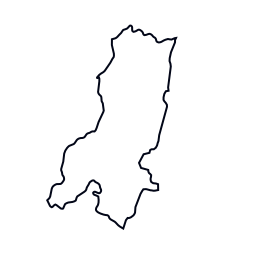 the border of Limerick, rotated 111°
{"feature_id": "IRL-726", "entity_name": "Limerick", "entity_type": "County", "adm_level": 1, "iso_a3": "IRL", "parent_name": "Ireland", "parent_adm1": "", "projection": "equal_earth", "projection_center": [-8.682, 52.516], "detail": "fine", "context": "isolated", "style": "outline", "palette": "ink", "viewbox_px": 256, "rotation_deg": 111, "n_neighbors": 0, "source": "natural_earth", "source_scale": "10m", "svg_char_len": 3684}
<svg xmlns="http://www.w3.org/2000/svg" viewBox="0 0 256 256"><g transform="rotate(111 128 128)"><path d="M26.7,115.4L27.3,115.4L28.7,115.7L31.2,114.8L41.9,115.0L47.8,114.1L50.6,113.2L52.8,111.4L55.2,110.1L75.7,105.1L78.7,103.5L80.1,105.8L83.1,106.3L86.6,105.8L89.0,104.9L90.0,103.7L91.0,101.8L92.4,100.0L94.2,99.2L123.5,96.3L129.2,94.9L131.2,94.9L131.4,94.9L133.9,94.6L136.5,95.0L138.6,96.3L139.5,98.5L140.7,99.4L143.5,99.1L146.9,104.0L156.6,105.2L160.6,101.5L159.9,94.1L161.5,93.3L162.6,92.1L163.0,90.7L163.7,89.5L165.4,89.0L166.6,88.9L167.9,88.5L169.1,87.8L170.0,87.0L170.5,84.7L169.8,82.0L169.7,79.8L175.1,77.6L176.8,80.3L177.4,81.6L177.8,83.7L178.0,84.3L178.1,84.8L178.5,88.7L178.7,89.5L179.7,91.7L181.7,92.2L185.0,92.7L199.2,92.7L204.5,91.1L205.9,91.2L207.6,91.6L210.2,93.2L211.3,94.3L211.9,95.3L212.1,96.1L214.8,96.9L223.6,96.4L222.9,100.3L222.3,102.3L220.6,105.8L220.2,107.0L219.6,111.1L219.2,112.4L218.6,113.3L217.4,114.3L217.0,115.0L216.8,115.9L217.3,117.9L217.6,119.8L217.7,122.9L217.6,124.6L217.4,125.9L216.9,127.4L216.5,127.9L216.3,128.2L216.0,128.5L215.6,128.7L214.8,128.9L213.9,129.0L213.0,128.9L211.1,128.5L210.1,128.5L208.1,128.8L205.5,129.7L202.8,131.1L202.6,131.2L202.4,133.1L202.4,135.7L201.9,136.7L201.1,137.3L200.2,137.1L199.6,136.6L199.3,135.7L199.4,133.4L199.4,132.5L199.3,131.8L199.1,131.4L198.9,131.1L198.6,130.9L197.9,130.7L197.1,130.5L196.2,130.6L195.6,130.9L195.2,131.1L193.7,132.6L191.7,133.9L191.2,134.4L190.8,135.1L190.5,135.9L190.3,136.8L190.1,139.1L189.3,140.7L189.3,141.5L189.8,142.5L191.7,143.9L192.6,144.3L193.2,144.4L193.3,144.4L194.0,144.4L195.5,144.6L197.5,145.0L198.6,145.1L200.6,144.9L201.9,145.2L203.3,146.0L210.0,150.8L211.3,151.0L214.4,150.8L215.6,151.7L216.9,153.3L219.0,157.1L220.4,158.6L221.7,159.5L226.4,159.7L227.0,160.5L227.2,161.9L225.6,167.1L225.5,168.4L226.3,169.1L227.1,169.5L228.1,169.9L228.8,170.3L229.3,170.9L229.1,172.0L228.7,172.9L224.4,177.5L222.0,176.4L221.2,176.2L219.8,176.1L212.1,177.4L211.0,177.4L209.6,177.2L207.9,176.3L206.9,175.5L206.2,174.8L205.8,174.2L204.9,172.0L204.6,171.3L204.2,170.7L203.4,170.2L202.4,169.8L199.9,169.2L198.6,169.3L197.0,170.2L196.2,171.0L195.7,171.9L195.2,172.5L193.0,173.8L191.3,175.3L190.0,175.7L182.5,176.4L174.7,178.4L171.5,178.4L168.4,177.7L166.9,177.1L165.8,176.5L162.7,173.2L162.1,172.7L161.0,172.3L157.6,171.5L156.6,171.0L155.8,170.4L155.3,169.9L154.4,168.7L153.8,167.3L153.4,166.6L152.8,165.9L152.2,165.4L151.3,165.1L148.8,164.5L148.0,164.1L147.4,163.6L146.3,162.2L145.8,161.7L145.2,161.3L144.6,160.8L144.1,160.2L143.7,159.5L143.2,158.0L141.7,157.4L139.1,157.3L132.9,157.6L121.9,156.8L120.4,156.9L114.0,160.4L112.5,162.1L111.8,162.5L111.0,162.9L110.1,163.3L108.7,164.0L108.1,164.5L107.7,165.2L107.4,166.0L107.1,166.7L106.7,167.4L106.2,168.0L105.6,168.5L104.9,168.9L94.6,171.5L92.3,172.4L91.3,173.2L91.7,173.8L92.3,174.4L92.3,174.8L91.9,175.0L88.8,173.9L87.1,172.9L84.6,171.0L83.0,170.2L73.5,167.9L68.9,167.3L67.0,166.8L65.7,167.0L63.7,167.8L56.3,172.8L50.9,174.8L48.9,172.1L48.4,171.6L47.5,171.0L46.8,170.6L44.2,169.6L41.8,168.5L38.8,167.8L38.1,167.5L37.6,166.9L36.7,165.8L35.6,164.6L34.9,164.2L32.1,163.1L31.6,162.7L31.4,161.9L31.8,160.8L32.6,160.2L35.1,159.2L35.8,158.7L36.1,158.1L36.2,157.2L35.4,156.1L34.8,155.4L32.9,153.9L32.5,153.5L32.2,152.6L32.2,151.8L32.6,150.1L33.1,149.1L33.7,148.3L34.3,147.8L34.9,147.3L35.3,146.7L35.4,145.9L34.7,144.7L34.2,144.0L33.5,143.3L32.6,142.1L32.3,141.3L32.3,140.2L32.8,138.6L33.4,137.7L33.8,136.7L34.1,135.1L34.5,134.4L34.9,133.9L35.6,133.4L36.3,132.9L36.9,132.3L37.2,131.4L37.1,129.9L36.5,128.8L35.6,127.7L33.6,126.1L32.2,124.7L30.6,122.6L30.3,120.9L29.8,119.0L27.5,116.7L26.7,115.4Z" fill="none" stroke="#020617" stroke-width="2"/></g></svg>